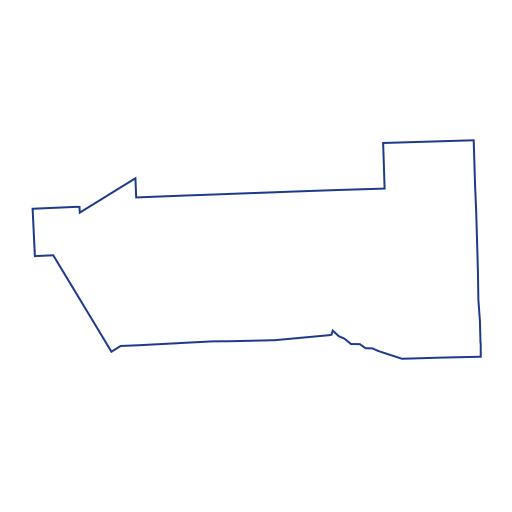 San Miguel, New Mexico, United States of America (Albers equal-area conic projection), rotated 178°
{"feature_id": "52423323B97711428373458", "entity_name": "San Miguel", "entity_type": "district", "adm_level": 2, "iso_a3": "USA", "parent_name": "United States of America", "parent_adm1": "New Mexico", "projection": "albers", "projection_center": [-104.906, 35.456], "detail": "fine", "context": "isolated", "style": "outline", "palette": "blue", "viewbox_px": 512, "rotation_deg": 178, "n_neighbors": 0, "source": "geoboundaries", "source_scale": "gbopen_adm2", "svg_char_len": 717}
<svg xmlns="http://www.w3.org/2000/svg" viewBox="0 0 512 512"><g transform="rotate(178 256 256)"><path d="M125.0,364.5L125.1,318.9L151.0,319.0L169.5,319.1L210.3,319.1L324.6,318.9L373.7,318.7L373.8,337.9L430.6,305.5L430.7,311.2L433.8,311.4L477.6,311.0L477.1,272.2L477.0,263.6L458.6,263.8L403.8,165.4L394.4,170.8L376.3,170.9L320.6,171.9L302.5,172.2L283.3,171.7L240.1,171.2L185.9,174.3L183.3,174.7L181.9,178.8L176.1,173.0L170.5,170.3L164.1,164.7L155.3,164.3L149.7,160.0L142.7,159.6L137.0,156.7L113.7,148.2L76.4,148.0L34.9,147.5L34.5,160.1L34.7,162.9L34.6,167.3L34.5,183.4L35.3,204.2L34.8,230.5L34.6,253.7L34.4,295.5L34.6,318.6L34.4,364.0L41.2,364.1L125.0,364.5Z" fill="none" stroke="#1e3a8a" stroke-width="2"/></g></svg>